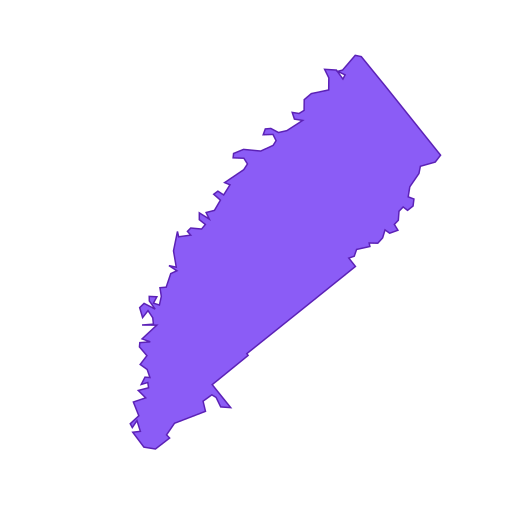 the district of Bossier, Louisiana, United States of America, rotated 51°
{"feature_id": "52423323B21890268683082", "entity_name": "Bossier", "entity_type": "district", "adm_level": 2, "iso_a3": "USA", "parent_name": "United States of America", "parent_adm1": "Louisiana", "projection": "natural_earth1", "projection_center": [-93.631, 32.628], "detail": "fine", "context": "isolated", "style": "filled", "palette": "violet", "viewbox_px": 512, "rotation_deg": 51, "n_neighbors": 0, "source": "geoboundaries", "source_scale": "gbopen_adm2", "svg_char_len": 1806}
<svg xmlns="http://www.w3.org/2000/svg" viewBox="0 0 512 512"><g transform="rotate(51 256 256)"><path d="M315.4,462.7L334.0,463.4L342.7,455.6L343.1,437.7L338.7,438.1L334.7,424.6L344.9,393.0L335.5,388.5L336.1,377.7L340.8,376.0L351.1,378.4L357.9,371.1L328.4,371.0L328.4,361.9L328.3,324.7L326.1,324.6L326.5,247.3L326.7,185.3L316.0,185.2L318.0,179.8L314.2,173.7L320.3,161.5L317.1,159.9L322.7,153.3L321.6,146.2L316.9,139.3L322.4,137.8L325.3,129.5L318.5,128.6L317.8,122.9L311.2,116.7L310.5,110.8L315.9,109.5L316.0,102.5L311.1,97.4L305.8,100.5L299.0,92.9L294.4,77.4L289.7,71.8L295.8,57.6L293.8,49.1L292.1,49.1L289.3,49.1L206.7,48.6L171.5,48.7L167.3,48.7L162.5,52.6L166.0,71.7L163.9,76.3L171.3,72.8L173.2,77.1L162.1,76.5L154.1,85.2L163.4,87.3L172.7,95.0L164.6,110.8L164.8,120.1L173.1,127.0L172.3,132.9L167.2,137.5L173.8,140.0L180.0,134.4L178.0,153.1L174.2,160.8L166.2,164.2L163.1,168.8L166.3,174.1L172.2,166.3L179.0,167.8L180.8,173.1L177.4,186.3L165.3,198.6L162.2,208.9L165.3,212.0L172.4,203.9L179.1,204.7L181.2,211.2L179.2,234.2L184.3,231.4L188.2,242.7L181.6,244.8L181.4,250.0L190.2,248.5L194.4,259.6L190.8,267.4L197.9,269.1L186.8,272.9L192.1,277.2L199.6,275.5L200.8,281.3L193.2,289.1L193.7,293.8L198.7,293.6L192.4,304.0L187.5,301.6L200.1,316.9L214.5,325.0L208.7,329.7L217.7,326.8L216.0,333.3L223.7,345.4L220.2,350.6L227.8,355.0L233.3,361.9L228.1,365.4L225.3,358.7L220.2,364.4L223.8,367.2L233.8,367.8L222.4,372.8L222.9,378.9L232.5,382.9L230.5,374.3L239.0,375.1L244.4,378.6L237.9,388.0L247.3,376.6L248.7,396.7L256.2,392.2L250.2,400.8L253.3,403.8L264.8,403.5L267.4,414.3L275.7,412.0L283.7,414.9L280.3,418.5L283.6,426.0L286.2,419.7L290.8,422.4L286.4,432.1L296.8,431.0L292.3,443.2L306.4,447.6L307.2,459.3L311.5,460.1L309.0,452.1L319.5,456.2L315.4,462.7Z" fill="#8b5cf6" stroke="#5b21b6" stroke-width="1.5"/></g></svg>